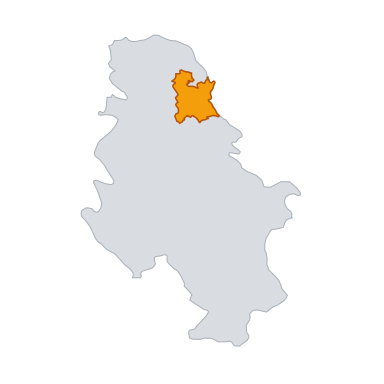 Srednje-Banatski on a map of Republic of Serbia (Robinson projection), rotated 16°
{"feature_id": "SRB-1061", "entity_name": "Srednje-Banatski", "entity_type": "District", "adm_level": 1, "iso_a3": "SRB", "parent_name": "Republic of Serbia", "parent_adm1": "", "projection": "robinson", "projection_center": [20.51, 45.43], "detail": "fine", "context": "in_parent", "style": "filled", "palette": "amber", "viewbox_px": 384, "rotation_deg": 16, "n_neighbors": 0, "source": "natural_earth", "source_scale": "10m", "svg_char_len": 7986}
<svg xmlns="http://www.w3.org/2000/svg" viewBox="0 0 384 384"><g transform="rotate(16 192 192)"><path d="M217.2,146.6L226.7,149.2L231.0,151.7L233.2,155.0L239.3,157.1L249.1,158.2L255.9,161.5L259.8,167.2L266.1,165.8L274.7,157.5L283.2,155.3L291.6,159.3L296.2,162.6L297.0,165.1L295.0,166.2L290.4,165.7L286.5,167.3L283.6,170.9L283.2,174.8L285.3,179.0L288.3,181.9L292.2,183.4L294.2,185.6L294.5,188.4L295.5,189.1L293.4,190.4L291.0,192.3L289.7,195.6L289.4,200.9L282.0,205.0L279.2,205.8L277.9,208.5L276.0,216.3L276.3,222.1L277.3,225.1L277.8,227.5L280.3,230.5L282.5,235.0L284.0,241.1L287.3,245.7L295.7,250.3L299.8,253.0L302.9,256.8L305.3,260.3L312.2,265.0L311.7,268.3L310.2,271.5L308.7,273.1L305.3,277.2L302.0,279.6L296.6,286.9L287.9,287.3L285.8,287.9L282.6,289.9L281.0,293.6L282.6,296.6L282.5,299.5L280.9,305.4L283.1,311.6L286.2,314.4L286.7,316.0L286.2,318.9L281.6,324.9L280.3,327.0L275.7,328.1L274.1,327.6L271.8,325.5L269.6,324.9L264.1,327.3L258.6,328.8L254.2,327.7L249.9,327.5L246.9,328.5L244.6,328.9L240.2,331.5L233.1,333.3L229.8,332.9L228.6,330.5L227.2,327.1L227.9,325.5L232.6,322.8L233.1,320.2L239.6,307.8L240.8,303.7L240.8,302.4L239.1,301.5L235.5,301.6L219.6,296.5L220.3,290.7L215.6,287.6L210.6,284.8L209.7,281.7L204.1,275.4L200.0,271.9L194.7,270.2L190.2,267.6L187.5,266.0L186.3,263.1L186.3,261.4L185.0,259.7L182.8,259.9L179.1,262.2L174.6,264.2L173.8,265.7L175.4,269.1L176.6,271.3L176.1,273.4L174.7,276.1L165.9,282.0L165.0,284.0L166.6,287.3L165.6,288.8L158.3,291.0L158.5,289.2L158.0,286.3L153.9,283.2L148.0,280.8L134.9,272.7L129.9,271.6L125.4,270.6L118.9,266.7L115.6,266.0L112.0,263.2L104.0,253.8L97.3,248.6L92.6,246.0L91.3,243.5L91.1,240.9L91.2,240.0L94.8,236.3L97.5,235.8L101.0,235.7L103.2,237.6L106.2,237.9L107.9,235.6L108.8,232.1L108.4,227.7L101.3,217.5L95.1,210.4L94.4,208.8L95.7,207.5L97.9,206.8L100.2,207.4L106.3,207.9L112.1,207.2L114.1,205.5L114.1,203.2L112.0,201.0L105.2,195.1L99.9,190.0L93.7,186.0L89.1,184.4L87.8,182.4L87.2,180.3L87.7,176.4L88.1,171.4L89.2,168.2L93.4,162.3L97.4,156.0L99.9,149.9L101.2,144.3L100.8,142.7L98.7,141.5L94.3,140.3L88.2,141.3L83.0,143.4L81.0,143.5L80.3,141.0L81.1,139.9L82.8,140.0L84.1,140.5L85.5,139.4L86.4,136.0L84.3,124.3L88.2,123.2L88.3,121.5L88.7,120.1L92.6,122.1L98.2,122.1L103.2,121.7L103.9,120.6L103.9,118.9L102.8,117.6L101.1,116.6L99.9,114.9L96.5,114.2L86.2,110.0L81.1,105.6L81.3,100.8L82.8,98.2L84.6,97.3L84.1,96.5L78.3,94.3L76.2,91.2L78.0,87.3L75.0,79.4L71.8,74.5L75.0,72.3L75.4,69.3L75.7,67.6L77.0,67.6L82.1,65.6L83.9,64.0L85.0,62.1L86.2,61.6L89.6,63.7L93.2,63.9L97.2,62.5L100.2,60.7L103.8,59.2L105.4,58.2L107.5,56.5L111.8,51.7L116.5,50.7L122.9,51.9L129.8,52.3L134.9,51.2L148.0,52.6L150.8,53.8L152.6,55.0L156.0,59.1L159.3,64.5L163.8,67.0L169.3,69.9L172.1,72.1L176.2,78.5L179.5,81.6L180.5,81.5L181.6,80.7L182.4,80.0L183.2,80.6L183.3,82.5L183.5,86.9L182.7,91.5L183.9,95.8L183.9,97.2L183.1,98.4L183.2,99.5L184.4,100.7L188.8,103.6L192.9,108.0L197.7,111.1L202.1,113.1L204.8,113.3L209.4,116.9L218.4,119.4L221.2,120.3L223.2,121.8L224.6,123.5L224.7,125.3L223.4,126.2L221.4,128.7L220.7,131.7L219.2,132.5L217.8,132.5L216.8,133.4L217.0,134.7L218.2,136.0L220.1,137.1L223.7,138.2L227.2,139.9L227.2,141.2L226.5,142.7L222.0,143.2L218.6,143.4L217.1,144.0L217.2,146.6Z" fill="#d9dde1" stroke="#a8b0b8" stroke-width="1"/><path d="M175.7,77.4L175.8,77.8L176.4,78.6L177.7,80.1L178.2,81.1L178.9,81.6L179.7,81.8L180.5,81.6L181.2,81.0L181.5,80.2L182.0,79.6L182.7,79.4L183.4,79.7L183.9,80.4L183.9,81.0L183.6,81.7L183.5,82.5L183.5,86.2L183.4,87.2L183.2,87.8L182.5,89.1L182.1,90.9L182.3,92.0L184.0,94.6L184.7,96.2L184.6,97.2L183.7,98.0L182.4,98.9L182.8,99.9L183.7,100.4L184.7,100.6L185.6,101.1L186.5,101.8L188.4,104.2L192.1,107.1L194.3,109.7L195.2,110.3L197.2,111.1L197.1,111.7L196.7,112.2L196.7,112.3L195.5,112.5L195.3,112.4L194.8,112.3L194.6,112.2L194.4,112.2L193.9,112.2L193.7,112.3L193.1,112.5L192.9,112.5L192.6,112.5L191.8,112.5L191.6,112.6L191.3,112.6L191.0,112.7L190.7,112.9L189.5,113.7L188.7,114.2L188.1,114.6L187.5,115.0L187.4,115.1L187.0,115.2L186.0,115.5L185.9,115.6L185.7,115.7L185.7,115.8L185.8,116.0L186.5,116.5L187.2,117.0L186.4,117.4L186.1,117.6L185.5,118.2L185.3,118.4L185.1,118.6L184.7,119.0L183.7,119.3L183.2,119.4L183.1,119.5L182.8,120.0L182.7,120.1L182.4,120.3L181.9,120.4L181.7,120.5L181.2,120.8L181.1,121.0L181.1,121.5L180.8,122.0L180.7,122.7L180.6,122.8L180.5,123.0L180.3,123.1L180.2,123.1L179.9,123.1L179.7,123.0L179.3,122.6L178.7,121.8L178.4,121.4L178.2,121.2L177.9,121.1L176.8,120.5L176.6,120.3L176.3,120.0L175.9,119.8L175.4,119.5L174.6,119.2L174.2,119.1L173.3,119.0L173.1,118.9L172.9,118.9L172.1,118.5L171.9,118.4L171.7,118.4L171.3,118.5L171.1,118.6L170.9,118.7L170.8,118.8L170.7,119.0L170.5,119.5L170.4,120.0L170.1,120.4L170.0,120.5L169.9,120.6L169.7,120.7L169.3,120.5L168.8,120.2L168.6,120.1L168.4,120.1L168.2,120.2L168.0,120.3L167.9,120.4L167.7,120.4L167.4,120.4L167.2,120.3L167.1,120.2L167.0,119.8L167.0,119.7L166.9,119.6L166.7,119.5L166.4,119.7L166.3,119.8L166.2,120.0L166.1,120.4L166.0,120.6L165.4,121.3L165.3,121.5L165.0,122.0L164.9,122.2L164.8,122.4L164.3,123.0L164.2,123.1L164.1,123.3L164.2,123.5L164.5,123.9L164.8,124.2L164.9,124.3L164.9,124.5L164.8,124.8L164.6,124.9L164.5,125.0L164.4,125.1L164.0,125.2L163.8,125.3L163.7,125.4L163.5,125.6L163.4,125.8L163.4,126.1L163.6,126.3L163.6,126.5L163.6,126.8L163.5,127.0L162.9,127.7L162.8,127.8L162.4,128.0L162.1,128.4L161.7,128.7L161.3,129.4L160.7,129.0L160.2,128.6L159.8,128.4L159.5,128.3L159.3,128.2L158.8,128.2L158.1,128.3L155.2,124.6L154.6,124.0L154.8,123.1L154.9,122.0L155.2,121.0L156.8,120.1L156.9,119.1L156.5,117.4L155.9,115.6L153.1,113.6L152.2,112.2L152.5,111.6L152.8,110.9L153.2,110.2L153.8,109.8L152.9,108.7L150.9,107.0L150.2,105.9L151.8,102.5L150.5,100.9L145.1,96.5L144.5,95.7L144.3,94.9L144.5,93.9L145.1,93.1L145.6,92.6L145.9,92.2L145.6,91.4L145.0,91.1L143.3,91.2L142.2,91.0L142.3,90.5L143.5,89.3L144.5,87.5L144.7,86.0L144.4,84.5L143.9,82.9L144.6,82.6L145.2,82.4L146.4,82.1L147.1,81.9L148.0,81.1L147.9,80.6L147.5,80.2L147.1,79.5L147.0,78.4L147.7,77.9L147.8,77.8L148.1,77.6L148.6,77.8L148.8,77.8L149.1,77.8L150.3,77.9L151.0,78.0L151.5,78.1L151.9,78.1L152.8,78.1L153.3,78.1L154.0,77.9L154.7,77.9L155.1,77.8L155.9,77.7L156.1,77.7L156.7,77.8L156.8,77.9L157.1,78.0L157.3,78.1L157.6,78.0L157.9,77.8L158.3,77.7L158.5,77.7L158.8,77.8L158.8,78.0L158.9,78.6L159.0,78.8L159.2,79.4L159.3,80.0L159.5,80.4L159.7,80.7L160.0,81.3L160.4,81.8L160.6,82.1L160.7,82.7L160.8,82.8L161.1,83.0L161.6,83.0L162.0,83.1L162.3,83.3L162.6,83.6L162.9,83.9L163.0,84.0L162.9,84.3L162.5,84.6L162.3,84.9L162.2,85.0L162.2,85.5L162.0,85.8L161.9,85.9L161.7,86.0L161.3,85.9L161.0,85.8L160.9,85.8L160.7,85.8L160.4,86.2L160.2,86.3L160.0,86.5L159.7,86.7L159.5,86.8L159.1,87.0L158.8,87.1L158.7,87.0L158.5,86.8L158.4,86.6L158.4,86.4L158.5,86.2L158.7,85.7L158.0,85.9L157.7,86.2L157.7,86.8L158.0,87.3L158.4,87.4L158.7,87.6L158.9,87.9L159.0,88.1L159.1,88.3L159.0,88.5L158.9,88.6L158.7,88.7L158.5,88.8L158.0,88.8L157.8,88.8L157.7,88.9L157.6,89.0L157.4,89.8L157.3,90.1L157.2,90.3L157.6,90.4L158.2,90.5L158.3,90.6L158.6,91.0L158.8,91.2L159.4,91.4L159.5,91.4L160.0,91.3L160.4,91.2L161.1,90.9L161.5,90.8L162.1,90.7L162.4,90.6L162.5,90.6L163.0,90.4L163.3,90.3L163.5,90.2L164.2,90.2L165.7,90.2L166.2,90.3L166.4,90.3L166.6,90.3L167.3,90.5L167.6,90.6L168.0,90.6L168.4,90.5L169.1,90.3L168.8,89.9L168.6,89.8L168.5,89.6L168.4,89.3L168.3,89.2L167.9,88.7L167.7,88.0L167.4,87.6L167.3,87.4L167.3,87.2L167.4,86.8L167.5,86.7L167.6,86.3L167.8,85.8L167.9,85.7L168.1,85.5L168.8,85.1L169.1,85.0L169.2,84.9L169.5,84.6L170.0,84.2L170.3,83.9L170.5,83.8L170.6,83.7L170.9,83.7L171.1,83.7L171.3,83.8L171.9,84.0L172.1,84.1L172.3,84.2L172.5,84.2L172.9,84.1L173.4,84.1L173.8,84.0L174.0,84.0L174.2,83.9L174.3,83.8L174.3,83.7L174.3,83.3L174.3,82.9L174.3,82.4L174.3,82.0L174.3,81.8L174.5,81.1L174.7,80.6L174.8,80.4L175.0,80.2L175.6,79.8L175.7,79.6L175.7,79.3L175.7,79.2L175.6,78.8L175.4,78.6L175.1,78.3L175.0,78.2L174.9,78.0L174.9,77.9L175.0,77.9L175.3,77.6L175.5,77.6L175.7,77.4L175.7,77.4Z" fill="#f59e0b" stroke="#b45309" stroke-width="1.5"/></g></svg>